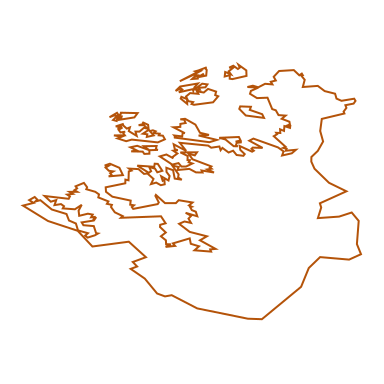 Flatanger nor, Nord-Trøndelag, Norway (Robinson projection)
{"feature_id": "86288312B80976394887598", "entity_name": "Flatanger nor", "entity_type": "district", "adm_level": 2, "iso_a3": "NOR", "parent_name": "Norway", "parent_adm1": "Nord-Trøndelag", "projection": "robinson", "projection_center": [10.814, 64.447], "detail": "fine", "context": "isolated", "style": "outline", "palette": "amber", "viewbox_px": 384, "rotation_deg": 0, "n_neighbors": 0, "source": "geoboundaries", "source_scale": "gbopen_adm2", "svg_char_len": 5988}
<svg xmlns="http://www.w3.org/2000/svg" viewBox="0 0 384 384"><path d="M261.9,319.2L301.1,286.8L308.8,268.0L320.1,257.1L349.1,259.6L361.0,254.2L356.9,244.1L358.7,220.9L351.7,212.5L339.1,216.6L317.9,218.1L321.2,207.5L319.9,203.3L346.4,191.3L329.0,182.8L314.5,168.7L311.3,161.6L311.4,157.0L317.8,150.9L323.1,141.5L320.2,131.0L321.8,118.9L344.4,113.5L343.6,111.6L346.4,107.9L345.4,105.2L353.6,103.6L355.5,100.9L354.2,98.7L341.5,100.8L336.5,98.6L335.1,93.7L324.7,91.1L317.8,85.9L302.8,87.0L304.7,79.8L301.0,75.3L302.7,75.1L301.8,73.6L299.3,75.3L293.8,70.1L279.1,71.0L273.7,76.8L275.8,80.5L270.8,81.8L272.4,84.4L265.1,83.8L258.3,87.3L252.9,85.7L247.4,87.0L258.3,87.6L250.9,90.9L250.0,93.8L257.0,98.1L267.5,97.7L272.2,109.1L275.8,110.3L278.5,115.1L285.6,115.6L281.7,118.8L289.4,121.7L289.9,124.4L287.5,125.4L290.3,125.8L290.0,127.9L284.4,126.1L284.0,130.9L280.1,129.3L280.3,133.0L276.2,132.8L277.1,134.2L273.8,136.2L285.6,146.8L283.2,147.9L286.6,148.8L285.9,150.7L295.9,149.8L291.8,153.3L282.1,155.5L283.6,151.4L278.0,147.4L253.4,138.6L249.3,140.7L262.6,147.9L252.7,147.6L251.5,148.8L253.8,150.7L252.1,151.7L239.7,146.0L240.3,149.9L244.7,154.1L243.4,155.8L236.6,155.0L233.1,150.7L228.6,152.5L222.4,147.9L220.6,150.2L219.4,146.5L211.2,147.7L208.2,145.6L179.8,142.8L186.2,150.9L173.7,144.3L174.8,149.2L177.8,150.2L173.3,150.7L177.4,153.5L172.3,157.2L173.3,158.3L166.4,154.5L159.8,156.4L172.3,164.6L178.5,163.1L181.4,166.5L186.1,166.5L192.4,163.5L188.7,162.3L189.9,160.2L187.5,160.1L187.7,156.0L180.4,152.4L197.0,152.3L194.8,155.4L188.5,153.7L192.6,159.3L211.3,166.4L209.9,167.5L211.5,168.7L207.4,169.4L214.0,172.5L201.6,170.5L202.5,172.5L196.0,172.4L189.4,168.9L177.5,170.0L178.7,167.0L172.3,165.6L178.6,174.4L178.1,177.5L181.8,179.7L174.7,178.6L173.1,170.2L166.4,167.8L166.5,171.9L169.6,176.0L168.5,180.5L161.2,176.3L162.7,180.8L164.4,179.8L164.7,184.3L160.8,185.2L156.2,182.6L151.0,184.1L153.5,178.9L147.4,173.5L144.0,173.9L138.5,169.1L129.0,168.6L131.5,170.6L128.8,171.4L128.5,180.3L125.4,179.6L125.3,183.3L105.7,187.3L106.0,191.8L112.4,196.7L130.7,200.6L130.2,204.7L133.9,205.3L131.8,207.0L133.2,208.9L157.7,204.1L158.8,202.4L155.4,195.9L155.9,194.9L165.0,203.1L175.9,203.1L178.7,200.2L192.5,202.5L189.0,205.4L191.8,206.7L190.2,207.2L191.8,210.1L195.8,211.7L197.3,216.3L185.6,212.8L191.2,215.8L188.5,218.6L191.0,222.9L184.5,221.5L179.1,223.8L189.7,231.9L206.9,236.3L200.0,240.3L215.6,248.9L210.2,249.4L211.1,251.6L194.5,250.3L199.0,246.3L190.8,243.8L189.7,238.4L172.9,243.4L175.1,245.9L165.6,246.9L170.8,244.3L166.1,244.2L165.9,240.3L160.9,236.3L165.8,232.5L160.0,227.0L160.2,224.8L165.6,223.3L161.0,216.3L120.9,217.8L122.7,216.1L114.8,212.3L111.0,207.0L111.9,204.9L106.9,203.8L108.4,201.4L98.3,197.4L99.0,194.4L95.3,191.8L86.3,189.2L87.1,187.2L83.9,182.9L75.6,186.3L77.1,188.4L74.4,190.2L77.2,191.8L69.6,191.9L72.9,193.9L67.2,194.6L69.9,196.4L68.7,198.8L44.6,196.0L50.8,201.7L56.2,200.1L54.5,205.1L61.0,204.1L64.0,206.2L62.8,208.4L74.9,209.3L81.7,204.8L78.6,210.6L79.2,215.8L87.9,213.7L92.7,214.6L91.1,217.3L94.2,217.0L93.6,219.0L96.2,217.1L93.9,220.5L81.7,222.4L83.4,225.2L93.8,226.1L96.1,233.2L98.0,233.5L94.9,235.3L87.6,237.6L85.2,235.6L87.9,233.2L78.0,230.4L75.9,223.5L69.0,220.5L66.5,214.0L51.8,209.5L40.4,200.2L35.3,201.5L37.3,199.6L34.7,197.0L29.2,200.1L33.6,202.9L23.0,205.6L48.0,221.0L77.7,230.8L92.4,246.5L128.8,241.7L145.9,257.2L132.8,262.0L137.1,266.5L130.7,268.9L144.8,278.6L157.1,293.5L165.0,296.4L171.7,295.2L197.2,308.4L247.8,318.7L261.9,319.2ZM148.1,124.8L142.4,122.2L144.2,123.8L138.6,125.2L144.0,125.2L147.6,128.7L143.9,127.8L139.5,131.6L135.5,131.6L136.7,135.9L128.8,131.1L129.9,127.4L126.8,128.6L122.3,124.6L123.7,123.8L115.7,126.4L122.0,126.7L117.5,128.8L122.5,127.5L118.6,129.8L120.5,132.4L125.3,131.7L122.6,132.2L124.8,135.3L113.9,135.4L121.7,136.7L117.5,138.4L126.2,141.2L131.8,139.6L157.8,142.4L164.9,139.3L162.9,135.7L158.8,135.3L159.6,133.7L153.5,133.1L155.6,131.3L152.9,130.3L149.8,131.1L153.7,135.4L146.8,136.9L147.3,134.3L142.9,133.7L148.7,129.9L148.1,124.8ZM185.1,118.8L180.3,119.3L184.2,119.7L185.6,123.0L180.4,123.9L180.3,126.9L173.5,127.3L184.9,133.2L182.7,132.9L182.2,136.4L174.4,135.5L175.7,136.9L174.0,137.5L209.4,142.2L216.9,139.9L198.6,135.5L209.0,134.9L200.0,132.8L195.4,124.6L185.1,118.8ZM216.1,91.6L208.0,88.9L203.8,92.5L197.0,91.4L198.3,93.8L190.1,93.1L186.0,96.5L187.4,99.3L181.4,96.8L180.7,98.6L187.2,103.9L187.1,100.9L193.1,102.1L191.6,104.0L194.0,104.8L213.1,102.3L218.2,96.3L215.2,95.1L216.1,91.6ZM246.3,70.4L238.5,64.8L239.8,67.6L237.9,69.0L233.3,65.7L229.2,67.6L233.3,67.7L228.7,71.3L230.9,74.3L225.2,72.0L224.7,76.5L229.8,75.2L229.7,78.7L232.4,79.1L246.5,75.9L246.3,70.4ZM250.9,106.8L240.2,106.4L239.3,108.9L245.8,115.5L264.0,117.9L262.2,114.2L249.8,109.9L250.9,106.8ZM156.6,146.0L144.0,146.2L149.1,150.1L137.2,145.8L130.4,147.3L136.7,150.4L131.2,151.4L142.7,151.6L144.3,153.9L149.4,153.7L149.4,150.2L157.9,149.9L155.8,149.1L156.6,146.0ZM109.9,163.7L104.7,165.5L108.4,165.9L105.6,167.6L108.9,170.8L113.3,171.4L110.1,173.2L111.9,175.3L108.6,176.4L122.9,175.1L119.4,167.8L109.9,163.7ZM197.9,83.5L180.2,86.5L175.6,90.9L180.8,88.4L182.3,89.5L178.9,92.3L192.7,89.2L193.3,90.9L194.5,88.1L195.8,89.5L199.8,89.7L198.6,87.8L205.4,87.3L207.4,84.4L202.2,83.7L195.8,88.5L194.5,87.3L197.9,83.5ZM137.6,113.1L120.1,112.7L121.4,113.3L118.9,115.6L117.0,112.8L109.5,117.2L113.9,115.5L122.6,116.4L115.4,117.7L113.1,120.0L116.7,121.0L117.3,118.3L119.2,117.8L121.9,117.8L117.9,120.0L134.4,117.4L137.6,113.1ZM238.9,137.0L219.2,137.8L225.5,139.5L233.7,146.2L237.8,146.3L235.8,145.5L236.8,142.8L241.7,142.3L235.6,141.6L240.6,140.5L238.9,137.0ZM206.7,67.3L198.0,70.6L200.5,71.0L197.2,72.8L197.5,70.7L195.3,71.3L197.3,72.2L179.8,81.2L193.4,74.8L199.6,75.5L194.3,76.9L192.1,79.0L197.8,78.6L198.0,76.1L199.4,76.3L203.8,73.7L201.2,76.6L206.2,75.6L206.7,70.0L205.1,68.1L206.7,67.3ZM157.8,163.9L154.7,163.7L154.2,166.8L137.3,165.6L148.8,172.8L151.1,171.2L149.2,167.0L155.0,168.6L157.3,172.3L162.3,170.8L157.8,163.9Z" fill="none" stroke="#b45309" stroke-width="2"/></svg>